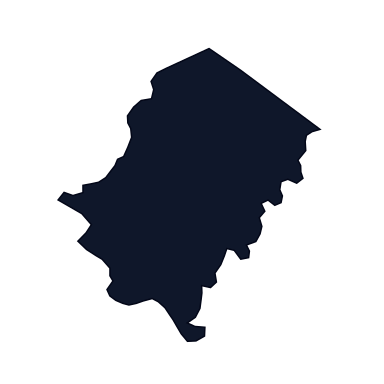 Serra Alta, Santa Catarina, Brazil (Albers equal-area conic projection), rotated 42°
{"feature_id": "56859067B85443847407592", "entity_name": "Serra Alta", "entity_type": "district", "adm_level": 2, "iso_a3": "BRA", "parent_name": "Brazil", "parent_adm1": "Santa Catarina", "projection": "albers", "projection_center": [-53.016, -26.695], "detail": "fine", "context": "isolated", "style": "filled", "palette": "ink", "viewbox_px": 384, "rotation_deg": 42, "n_neighbors": 0, "source": "geoboundaries", "source_scale": "gbopen_adm2", "svg_char_len": 1301}
<svg xmlns="http://www.w3.org/2000/svg" viewBox="0 0 384 384"><g transform="rotate(42 192 192)"><path d="M97.8,287.5L124.6,281.8L139.1,283.6L140.6,293.2L140.1,304.9L152.1,305.3L163.3,303.5L170.2,302.1L182.0,303.5L187.1,309.2L192.8,311.0L194.1,321.4L200.5,324.2L207.9,323.5L215.2,321.0L220.7,318.2L225.1,312.1L228.6,305.7L233.7,297.8L240.4,296.1L249.4,296.1L257.6,298.2L263.4,299.6L270.1,301.8L278.9,304.6L288.5,306.0L294.6,300.0L297.7,290.7L292.1,283.9L284.1,290.0L276.1,292.5L278.3,282.8L275.8,273.2L270.7,265.8L266.9,260.4L261.8,255.1L269.7,250.6L270.4,242.6L263.3,236.9L262.0,226.7L258.8,217.9L255.7,210.7L262.4,207.1L273.2,209.3L278.0,202.9L274.2,197.5L267.9,195.0L272.6,186.1L270.6,177.6L266.9,170.8L259.2,166.1L259.0,157.6L251.0,154.2L253.9,147.1L262.4,146.5L265.3,140.3L261.8,134.4L255.7,131.6L251.3,124.8L254.7,118.4L263.9,115.4L265.3,107.6L259.6,104.4L255.1,99.7L249.4,97.5L248.8,85.1L242.3,78.7L239.1,73.3L240.8,66.9L245.2,59.8L146.6,69.0L108.7,74.0L90.4,116.6L86.3,126.9L87.6,137.2L95.0,141.5L99.5,149.8L93.0,158.0L91.8,167.9L93.1,178.6L98.1,183.6L104.0,185.8L110.6,191.8L114.4,201.8L117.5,211.4L114.8,217.5L117.1,223.9L117.6,230.7L118.3,239.0L116.1,247.2L111.3,253.8L106.5,260.0L111.4,265.4L105.9,274.3L97.2,277.9L97.8,287.5Z" fill="#0f172a" stroke="#020617" stroke-width="1.5"/></g></svg>